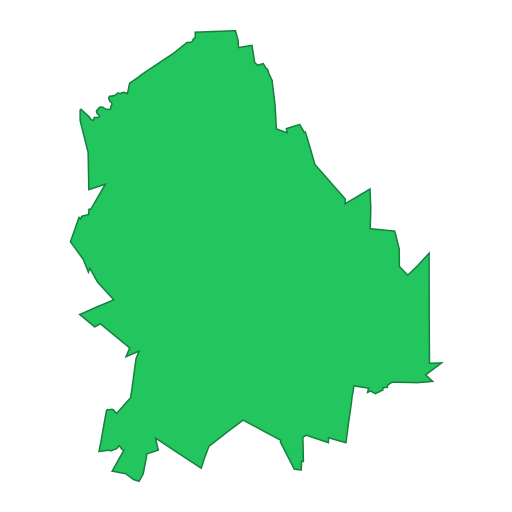 outline of Ures, Sonora, Mexico
{"feature_id": "50627088B76918192480292", "entity_name": "Ures", "entity_type": "district", "adm_level": 2, "iso_a3": "MEX", "parent_name": "Mexico", "parent_adm1": "Sonora", "projection": "robinson", "projection_center": [-110.452, 29.357], "detail": "fine", "context": "isolated", "style": "filled", "palette": "green", "viewbox_px": 512, "rotation_deg": 0, "n_neighbors": 0, "source": "geoboundaries", "source_scale": "gbopen_adm2", "svg_char_len": 4316}
<svg xmlns="http://www.w3.org/2000/svg" viewBox="0 0 512 512"><path d="M80.2,120.9L88.1,152.2L88.2,156.3L88.8,189.7L105.3,184.2L90.9,209.1L88.9,209.3L88.7,214.5L81.8,216.2L80.5,218.9L79.0,217.4L72.3,236.5L70.4,241.7L83.4,259.6L88.4,272.2L89.9,268.3L97.6,282.2L100.0,284.8L113.7,299.8L109.5,301.6L105.5,303.3L97.8,306.5L79.7,314.5L92.9,325.4L94.6,326.9L97.6,325.4L100.6,323.7L102.3,325.4L125.4,344.4L129.7,348.0L126.0,356.7L139.1,351.1L136.0,358.9L135.1,365.1L132.3,386.3L132.1,387.9L130.6,397.7L116.5,413.5L115.7,412.6L113.2,409.5L110.7,409.4L109.9,409.7L109.0,410.0L107.8,409.6L107.2,409.6L106.4,410.8L106.1,412.7L103.9,424.7L100.9,441.8L99.0,451.5L108.2,450.3L109.0,450.3L110.6,450.9L116.5,448.8L119.4,445.6L121.8,449.2L123.8,450.3L112.1,471.2L116.9,472.0L119.6,472.6L122.1,473.0L125.9,473.8L133.5,479.6L139.1,481.3L141.3,477.4L143.2,473.8L146.2,458.5L146.4,457.6L146.7,454.0L158.3,450.1L156.3,441.6L155.5,438.1L160.9,441.6L173.6,450.1L201.2,468.2L204.4,458.4L208.9,446.3L213.6,442.7L226.4,432.7L228.6,431.0L243.1,420.1L280.8,440.3L280.4,442.1L294.3,469.2L301.2,470.0L301.6,461.3L303.4,461.5L303.2,451.3L302.9,437.3L306.2,435.2L328.4,442.7L328.5,437.8L345.9,442.7L346.7,437.1L348.7,421.7L349.1,419.2L351.5,402.3L352.2,395.5L352.8,393.1L353.2,390.5L354.0,385.7L356.0,386.2L361.5,387.1L362.3,387.2L363.6,387.4L363.9,387.4L366.6,387.9L368.7,388.2L367.5,392.4L370.6,391.0L375.4,393.7L383.0,389.9L382.7,387.7L387.4,387.4L387.7,384.9L388.3,384.4L388.6,384.4L392.0,382.2L400.2,382.3L415.2,382.6L417.2,382.7L432.7,381.4L425.6,374.9L441.6,362.9L429.5,363.3L429.3,331.7L429.3,325.4L429.2,316.7L429.2,300.1L429.1,266.1L429.1,265.3L429.1,253.2L417.1,266.3L415.7,267.6L415.3,268.0L407.7,275.2L399.4,266.5L399.3,257.8L399.2,248.9L395.2,232.8L394.7,231.1L370.2,228.7L370.6,217.1L370.8,207.9L370.0,189.0L345.0,203.8L345.3,199.1L315.6,165.3L315.1,164.7L314.9,164.6L310.3,148.4L310.2,148.2L308.7,143.2L305.4,132.0L304.2,132.3L299.7,124.5L286.3,128.6L287.1,132.8L276.3,128.9L275.6,114.2L275.1,105.6L274.1,97.0L272.1,80.5L268.9,73.6L267.8,70.0L267.0,68.8L265.8,68.0L263.3,63.6L257.6,65.2L254.7,62.5L252.0,45.3L238.5,47.6L238.1,40.2L235.4,30.7L195.1,32.2L195.1,33.0L195.3,33.6L195.4,34.4L195.2,37.4L193.0,39.5L192.8,40.6L191.4,42.3L187.1,42.4L173.4,53.4L171.0,55.0L165.0,58.9L142.1,74.2L136.8,78.3L129.7,83.1L127.4,93.7L127.2,93.6L126.9,93.4L126.7,93.3L126.5,93.1L126.4,93.0L126.3,92.9L126.2,92.9L125.9,92.9L125.8,93.0L125.7,93.0L125.4,93.0L125.2,93.0L124.9,92.9L124.5,92.6L124.3,92.5L124.2,92.4L124.0,92.2L123.9,92.2L123.8,92.3L123.7,92.4L123.7,92.5L123.4,92.6L123.2,92.6L122.7,92.6L122.3,92.7L122.1,92.8L121.9,92.8L121.7,92.9L121.5,93.0L121.3,93.1L121.2,93.1L121.0,93.3L120.9,93.4L120.7,93.4L120.3,93.4L120.1,93.4L119.9,93.4L119.8,93.5L119.6,93.5L119.3,93.4L119.2,93.4L118.8,93.2L118.4,93.1L118.2,93.0L117.6,93.0L117.4,93.0L117.1,93.6L116.7,94.1L116.2,94.5L115.8,94.7L115.0,95.2L114.3,95.6L113.8,95.6L113.4,95.6L113.1,95.6L112.7,95.9L112.6,96.0L112.1,96.0L111.8,96.3L111.7,96.3L110.8,96.0L110.5,96.0L110.3,96.0L110.1,96.1L109.7,96.2L109.2,96.9L109.0,97.1L109.0,97.8L108.8,98.1L108.8,98.3L109.0,98.3L109.0,98.7L109.1,99.0L109.1,99.5L109.2,99.9L109.4,100.3L109.5,100.5L109.8,100.8L109.9,101.2L110.5,101.8L111.3,102.3L111.6,102.8L111.7,103.1L111.8,103.5L111.8,104.0L111.8,104.5L111.7,104.9L111.6,105.3L111.2,105.8L110.9,106.2L110.7,106.6L110.7,107.1L110.8,107.7L110.8,108.0L110.8,108.5L110.7,108.8L110.6,109.0L110.2,109.2L109.8,109.3L109.2,109.4L108.4,109.4L107.6,109.4L107.0,109.4L106.5,109.3L106.1,109.2L105.7,109.1L105.2,108.8L104.6,108.5L104.1,108.2L103.7,107.8L103.3,107.4L103.0,107.3L101.8,107.1L101.3,107.0L100.7,107.0L100.1,107.1L99.5,107.4L98.9,107.8L98.7,108.1L98.6,108.3L98.5,108.9L97.9,109.5L97.8,109.4L97.2,110.0L96.9,110.3L96.4,111.4L96.7,112.3L96.9,112.9L97.1,113.3L97.4,113.8L97.7,114.1L97.9,114.4L98.6,114.9L99.0,115.1L99.5,115.5L99.5,116.0L99.3,116.3L99.2,116.6L99.1,116.9L98.8,117.2L98.3,117.4L97.8,117.4L97.1,117.5L96.2,117.4L95.6,117.4L94.8,117.4L94.5,117.4L94.4,117.5L94.2,117.7L94.0,117.8L93.9,118.1L93.9,118.3L94.0,119.0L93.8,119.6L93.5,120.0L93.4,120.1L93.1,120.1L92.9,120.2L92.7,120.2L92.4,120.2L92.2,120.2L91.9,120.1L91.5,119.8L91.1,119.4L90.8,119.2L90.3,118.4L89.8,117.9L89.5,117.6L89.4,117.0L81.0,109.3L80.1,110.2L80.1,118.4L80.2,118.8L80.2,120.9Z" fill="#22c55e" stroke="#15803d" stroke-width="1.5"/></svg>